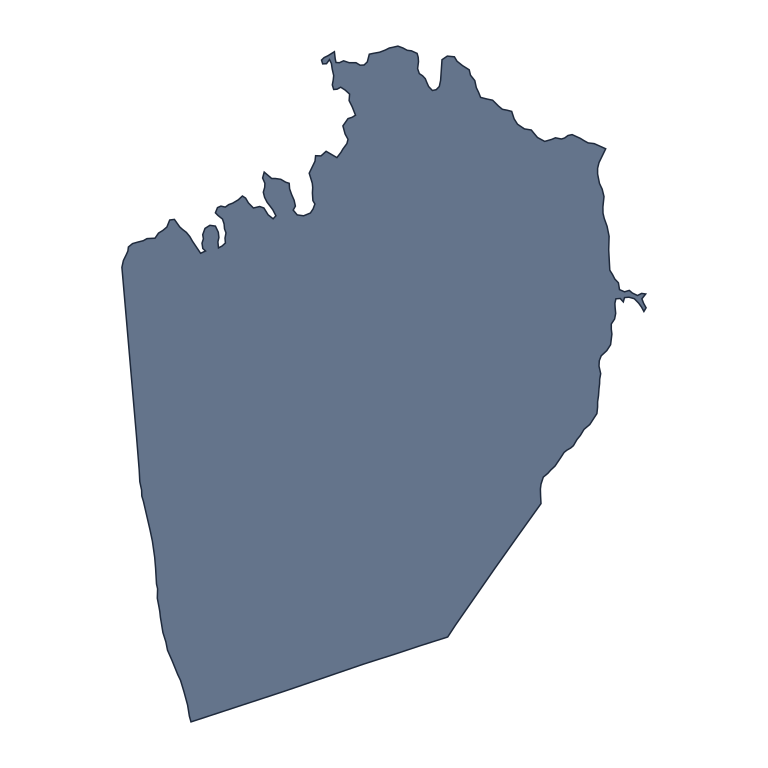 outline of Pedro do Rosário, Maranhão, Brazil
{"feature_id": "56859067B22973737910848", "entity_name": "Pedro do Rosário", "entity_type": "district", "adm_level": 2, "iso_a3": "BRA", "parent_name": "Brazil", "parent_adm1": "Maranhão", "projection": "natural_earth1", "projection_center": [-45.413, -2.989], "detail": "fine", "context": "isolated", "style": "filled", "palette": "slate", "viewbox_px": 768, "rotation_deg": 0, "n_neighbors": 0, "source": "geoboundaries", "source_scale": "gbopen_adm2", "svg_char_len": 3695}
<svg xmlns="http://www.w3.org/2000/svg" viewBox="0 0 768 768"><path d="M139.2,470.1L139.8,481.7L141.6,490.1L141.8,496.0L143.4,501.3L150.0,529.8L152.4,541.2L154.7,557.4L155.6,568.3L156.5,584.0L157.6,588.8L157.3,598.2L159.1,607.6L159.8,611.6L160.4,617.2L161.3,622.6L162.9,632.5L165.9,642.0L167.5,650.2L172.2,660.9L177.8,674.7L180.5,680.3L183.9,691.5L187.6,705.1L189.4,716.3L191.0,721.9L283.9,691.4L310.8,682.2L363.0,664.3L378.0,659.5L396.6,653.6L420.3,645.7L447.7,637.0L455.6,624.9L494.7,568.6L517.6,536.3L541.0,503.6L540.6,496.0L540.4,489.0L541.0,484.2L543.3,477.1L547.9,473.3L550.6,470.2L555.0,466.1L560.8,457.5L564.1,452.4L567.0,450.1L570.7,448.0L573.4,445.7L577.0,439.5L580.3,435.5L584.0,429.4L586.7,427.1L589.8,424.5L594.4,417.4L596.9,413.6L597.6,407.0L597.6,401.8L598.5,395.7L599.0,388.6L599.6,383.7L599.7,379.2L600.7,373.7L599.0,366.1L599.3,360.7L601.2,355.8L606.8,350.6L610.6,344.7L611.9,334.1L611.3,329.2L611.3,324.0L614.6,319.0L615.7,313.4L615.1,307.3L614.9,303.3L615.9,298.8L620.2,298.5L623.3,301.9L624.5,297.6L628.9,297.2L634.3,298.7L638.6,303.1L641.5,307.1L643.9,311.5L646.1,307.8L643.6,303.3L641.9,298.8L645.7,294.0L641.6,293.4L637.5,295.5L632.3,293.0L629.3,290.4L624.5,291.8L619.5,289.6L618.4,282.8L614.8,279.0L612.6,274.7L609.8,270.2L608.7,249.9L609.1,236.3L607.1,226.4L604.2,218.3L603.0,213.2L602.9,207.0L604.0,196.6L602.2,189.2L599.5,183.5L597.6,174.0L597.6,168.3L599.0,162.6L605.7,148.8L598.0,145.3L594.2,143.6L588.1,142.9L584.1,140.7L580.4,138.4L572.1,134.6L568.0,135.5L564.6,138.0L561.4,139.0L555.4,137.8L551.7,139.4L544.7,141.4L537.5,137.5L533.9,133.2L531.3,130.0L524.4,128.9L517.5,124.2L514.1,118.8L511.7,111.4L507.1,110.2L502.4,109.3L498.3,105.9L492.6,100.2L486.9,99.0L480.6,97.4L478.6,92.4L476.3,87.6L474.8,80.6L470.5,75.2L469.2,69.8L462.5,65.6L457.0,61.2L454.4,56.8L447.3,56.1L442.0,59.7L440.6,80.4L439.3,86.5L436.2,89.7L432.4,90.5L428.6,86.5L426.7,82.2L425.3,78.7L422.6,75.8L419.3,73.6L417.6,68.6L418.5,61.7L418.2,57.3L417.1,53.4L411.4,50.8L407.2,50.3L403.0,48.0L397.9,46.1L392.8,47.3L389.3,48.0L385.4,50.0L379.7,52.2L373.0,53.4L369.3,54.2L367.3,61.9L364.1,65.0L360.1,65.2L356.0,62.7L349.1,62.7L343.6,60.8L339.4,62.7L336.0,62.5L335.2,58.7L334.4,51.7L328.0,55.7L324.1,57.6L321.5,60.1L322.7,63.9L326.5,63.7L329.5,59.6L331.4,63.5L332.2,69.0L333.7,75.6L333.2,80.2L332.3,84.9L333.7,89.5L337.1,89.2L340.7,87.2L345.2,90.1L349.6,94.1L349.1,100.6L352.2,106.8L355.5,115.2L352.1,117.3L348.0,118.6L342.9,125.9L345.1,134.0L348.0,139.3L346.9,143.6L342.9,149.0L341.0,152.3L336.9,157.6L326.1,151.3L321.0,155.9L315.6,155.7L315.0,161.2L309.2,173.2L311.2,179.7L312.3,183.3L312.7,187.6L312.4,193.0L312.9,200.6L314.9,204.0L313.1,208.9L310.4,213.0L303.6,215.8L297.2,214.9L293.2,210.1L295.4,206.1L294.1,200.2L291.6,194.5L289.6,188.8L289.2,183.3L285.7,182.2L280.8,179.3L275.4,178.5L271.7,178.5L264.2,172.1L262.6,178.0L264.9,183.3L264.7,187.3L263.3,192.2L264.6,197.4L267.1,202.3L270.2,206.3L272.8,209.8L275.9,215.8L273.1,218.8L268.1,214.8L263.9,208.0L259.7,206.5L253.4,208.0L248.4,202.9L245.6,198.1L242.4,196.0L238.3,199.8L232.6,203.2L228.7,204.6L225.3,207.1L220.9,206.1L217.5,207.6L215.4,212.8L217.9,215.4L222.5,219.1L224.1,224.0L224.5,228.8L226.0,232.9L225.0,238.1L225.4,243.0L222.1,246.0L218.5,247.9L217.9,241.9L218.9,237.5L218.3,232.2L215.4,226.1L209.9,225.3L205.0,228.4L202.7,234.7L203.4,238.8L202.0,243.2L202.8,248.5L205.5,251.0L200.6,253.3L197.5,248.7L192.4,241.1L189.9,236.7L186.4,232.4L182.6,229.5L179.7,226.9L174.4,219.4L169.7,220.0L166.9,227.0L162.9,230.4L158.5,233.1L155.0,238.2L150.6,238.4L147.0,238.6L143.3,240.7L138.1,242.0L132.5,243.6L128.4,247.0L127.9,251.0L126.3,254.6L123.4,260.5L121.9,267.3L136.5,436.4L139.2,470.1Z" fill="#64748b" stroke="#1e293b" stroke-width="1.5"/></svg>